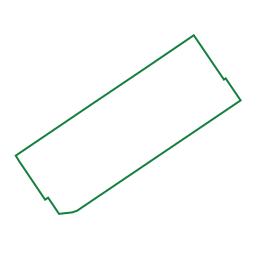 Swift, Minnesota, United States of America, rotated 326°
{"feature_id": "52423323B6622975952869", "entity_name": "Swift", "entity_type": "district", "adm_level": 2, "iso_a3": "USA", "parent_name": "United States of America", "parent_adm1": "Minnesota", "projection": "robinson", "projection_center": [-95.787, 45.282], "detail": "fine", "context": "isolated", "style": "outline", "palette": "green", "viewbox_px": 256, "rotation_deg": 326, "n_neighbors": 0, "source": "geoboundaries", "source_scale": "gbopen_adm2", "svg_char_len": 320}
<svg xmlns="http://www.w3.org/2000/svg" viewBox="0 0 256 256"><g transform="rotate(326 128 128)"><path d="M19.5,88.1L19.2,94.4L19.2,141.1L22.8,141.1L22.8,160.6L34.6,166.8L39.5,168.1L236.8,168.1L236.7,141.5L234.6,141.5L234.4,87.9L173.3,88.1L111.7,88.0L19.5,88.1Z" fill="none" stroke="#15803d" stroke-width="2"/></g></svg>